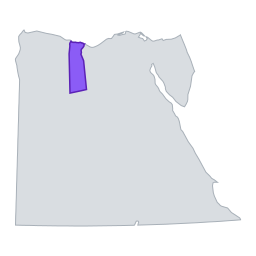 Daba, Matruh, Egypt shown in context
{"feature_id": "37247803B11415934472050", "entity_name": "Daba", "entity_type": "district", "adm_level": 2, "iso_a3": "EGY", "parent_name": "Egypt", "parent_adm1": "Matruh", "projection": "albers", "projection_center": [28.255, 29.877], "detail": "fine", "context": "in_parent", "style": "filled", "palette": "violet", "viewbox_px": 256, "rotation_deg": 0, "n_neighbors": 0, "source": "geoboundaries", "source_scale": "gbopen_adm2", "svg_char_len": 3826}
<svg xmlns="http://www.w3.org/2000/svg" viewBox="0 0 256 256"><path d="M240.6,219.8L234.4,220.3L228.2,220.7L222.0,221.2L215.8,221.6L209.6,221.9L203.4,222.3L197.2,222.7L191.0,223.0L184.8,223.3L178.6,223.6L172.4,223.9L166.2,224.2L160.0,224.4L153.7,224.6L147.5,224.8L141.3,225.0L137.8,225.1L138.3,223.3L138.7,222.1L138.2,221.2L137.0,221.0L136.2,221.3L134.5,225.1L133.5,225.3L131.3,225.3L124.1,225.5L116.8,225.6L109.6,225.7L102.3,225.8L95.1,225.9L87.9,226.0L80.6,226.0L73.4,226.0L66.2,225.9L58.9,225.9L51.7,225.8L44.4,225.7L37.2,225.6L30.0,225.4L22.7,225.3L15.5,225.1L15.6,220.6L15.7,216.1L15.9,211.5L16.0,207.0L16.1,202.5L16.3,198.0L16.4,193.5L16.5,189.0L16.6,184.4L16.8,179.9L16.9,175.4L17.0,170.8L17.2,166.3L17.3,161.8L17.4,157.2L17.6,152.7L17.7,148.2L17.8,143.6L17.9,139.1L18.1,134.6L18.2,130.0L18.3,125.5L18.5,120.9L18.6,116.4L18.7,111.8L18.8,107.3L19.0,102.8L19.1,98.2L19.2,93.7L19.4,89.1L19.5,84.6L19.6,80.0L19.5,79.2L18.6,76.1L17.8,72.1L17.0,67.2L16.9,65.7L15.5,60.7L15.4,59.2L15.8,58.2L18.6,54.1L19.4,52.1L20.2,49.7L20.4,47.7L19.7,44.7L18.9,41.9L18.7,39.1L18.7,36.4L20.0,34.5L21.7,32.8L22.3,31.8L23.3,30.6L24.0,30.0L25.2,32.5L27.9,33.0L36.8,31.0L46.5,33.4L51.8,34.3L60.1,36.3L65.1,39.7L66.5,40.1L70.2,40.0L72.5,42.0L82.0,43.0L87.1,45.2L90.0,46.9L91.7,47.4L93.3,47.3L95.3,46.6L97.9,45.4L100.7,43.6L106.5,39.2L108.6,38.4L110.0,38.6L111.6,38.5L112.3,37.3L113.1,36.5L113.7,35.5L114.5,34.4L117.6,34.0L123.6,32.0L122.9,32.9L117.4,35.2L119.8,35.4L122.2,34.6L125.0,34.1L125.5,33.2L125.8,31.4L126.3,31.2L128.3,31.5L134.0,33.9L135.5,33.9L139.4,32.4L140.3,32.1L141.6,32.8L144.7,36.0L143.6,35.9L140.4,33.2L140.1,34.6L138.4,37.2L140.7,38.1L142.6,38.5L143.6,39.8L144.3,41.0L146.1,40.4L147.3,38.7L146.6,37.8L146.1,36.9L146.7,36.8L148.0,37.6L151.7,40.6L153.0,41.2L154.4,41.0L157.3,40.0L158.1,40.1L162.0,38.8L162.5,39.6L163.2,40.5L166.3,39.4L171.3,39.2L175.4,37.9L180.0,35.2L180.4,34.8L180.6,35.4L181.3,37.1L183.0,41.3L184.4,44.6L186.2,49.2L186.8,51.0L187.1,52.2L189.6,57.3L191.2,61.4L192.3,64.8L194.0,69.8L194.7,71.5L193.8,72.4L192.0,75.8L190.5,86.3L187.9,94.6L187.8,99.7L187.4,101.5L186.1,104.2L184.5,106.8L181.3,105.6L176.0,101.5L172.8,97.4L169.5,94.8L166.3,91.4L165.4,88.8L165.4,87.1L163.9,83.1L162.9,81.3L159.1,77.1L157.9,74.8L157.1,73.9L156.2,72.4L154.7,66.9L153.2,63.4L151.6,64.4L151.9,65.9L150.6,68.0L149.8,70.5L150.5,72.4L153.6,75.3L154.2,76.6L155.0,79.4L155.1,83.2L155.6,84.5L157.9,87.3L158.8,88.9L159.3,90.4L160.1,91.7L162.5,94.1L165.8,98.7L169.0,101.7L171.3,103.2L172.3,104.7L172.7,108.6L172.6,110.5L174.7,114.0L175.5,115.8L177.5,117.2L178.4,118.8L179.3,121.5L180.9,129.6L182.7,131.5L188.3,141.8L193.0,148.3L195.3,153.2L198.9,159.2L205.9,172.2L209.9,176.1L211.6,178.3L214.4,179.9L217.5,182.3L214.7,182.2L214.0,182.4L213.0,182.9L212.7,184.5L212.5,185.8L213.3,192.6L214.3,196.0L217.2,202.3L219.2,204.2L220.2,205.4L221.5,206.2L227.6,208.0L231.4,212.5L239.7,217.9L240.6,219.5L240.6,219.8Z" fill="#d9dde1" stroke="#a8b0b8" stroke-width="1"/><path d="M81.4,52.8L81.1,50.2L81.5,49.2L82.9,47.6L83.9,46.1L84.2,44.1L84.3,44.0L84.2,44.0L84.0,43.9L83.8,43.8L83.7,43.8L83.5,43.7L83.4,43.7L83.3,43.4L83.1,43.3L82.9,43.2L82.7,43.1L82.3,43.1L82.2,43.1L81.9,43.0L81.8,42.9L81.7,42.9L81.4,42.9L81.2,42.8L81.2,42.7L80.9,42.6L80.7,42.4L80.4,42.3L80.0,42.4L79.9,42.4L79.7,42.4L79.6,42.5L79.3,42.5L79.2,42.6L78.9,42.7L78.7,42.7L78.3,42.7L78.1,42.7L77.9,42.6L77.7,42.6L77.4,42.6L77.1,42.6L76.8,42.6L76.6,42.6L76.4,42.6L76.2,42.5L76.1,42.4L75.9,42.3L75.7,42.3L75.4,42.3L75.2,42.3L74.9,42.3L74.7,42.3L74.4,42.4L74.2,42.4L73.9,42.4L73.7,42.4L73.4,42.4L73.2,42.3L72.8,42.3L72.7,42.3L72.4,42.2L72.1,42.2L71.9,42.2L71.7,42.1L71.4,41.9L71.3,41.7L71.2,41.5L71.2,41.4L71.2,41.2L71.2,40.9L71.2,40.7L69.9,43.2L69.7,44.3L69.9,45.8L69.1,53.8L70.0,93.1L81.3,90.7L86.5,89.5L83.6,60.7L80.9,54.1L81.4,52.8Z" fill="#8b5cf6" stroke="#5b21b6" stroke-width="1.5"/></svg>